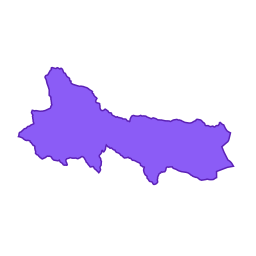 the district of Palpa, Ica, Peru, rotated 95°
{"feature_id": "86281439B29793620655674", "entity_name": "Palpa", "entity_type": "district", "adm_level": 2, "iso_a3": "PER", "parent_name": "Peru", "parent_adm1": "Ica", "projection": "mercator", "projection_center": [-75.167, -14.356], "detail": "fine", "context": "isolated", "style": "filled", "palette": "violet", "viewbox_px": 256, "rotation_deg": 95, "n_neighbors": 0, "source": "geoboundaries", "source_scale": "gbopen_adm2", "svg_char_len": 5968}
<svg xmlns="http://www.w3.org/2000/svg" viewBox="0 0 256 256"><g transform="rotate(95 128 128)"><path d="M123.9,25.5L123.2,27.3L122.1,29.2L120.0,30.9L116.5,33.0L116.4,33.8L115.7,35.0L114.4,36.6L114.4,36.8L115.0,37.4L115.4,37.3L116.2,37.5L117.6,38.3L117.7,38.5L117.9,40.1L118.2,40.6L119.1,41.3L119.4,41.9L119.4,42.3L118.7,43.7L119.0,44.5L119.3,45.7L119.5,46.0L119.4,46.5L118.6,48.5L118.8,49.6L118.8,51.0L118.3,51.5L117.3,51.8L116.4,52.5L115.8,53.7L114.0,55.7L113.6,56.8L113.3,59.7L113.4,60.2L113.6,60.6L114.2,61.0L114.7,61.1L114.9,61.3L115.2,62.2L116.1,63.6L116.9,64.5L117.7,66.6L117.7,68.3L117.4,72.2L116.9,73.2L116.3,75.0L116.0,75.4L115.8,75.9L115.9,76.1L115.5,77.4L115.7,78.6L115.3,79.6L115.2,80.2L116.0,83.3L116.6,84.4L117.2,85.2L117.8,86.3L117.7,86.8L117.4,87.6L117.6,91.3L117.1,95.6L117.2,96.1L117.2,97.3L117.3,98.7L117.2,99.2L116.3,100.9L115.7,103.6L115.9,104.3L116.5,105.2L116.7,105.7L115.3,110.2L114.8,110.9L114.6,111.5L114.6,113.6L114.9,115.3L114.3,116.4L115.2,118.3L115.4,119.9L115.4,121.8L115.0,123.5L115.1,124.0L115.8,125.3L117.2,126.0L118.8,126.6L120.9,126.7L121.3,126.9L121.5,127.2L121.1,127.9L121.0,129.3L119.5,130.7L119.3,131.2L119.4,134.0L119.1,134.5L118.7,134.9L118.6,136.4L118.3,138.0L118.4,138.5L117.7,139.7L117.8,140.0L118.3,140.8L118.2,141.2L117.2,143.0L117.1,143.6L116.6,144.6L116.3,145.1L115.8,145.4L114.7,145.8L114.5,146.0L114.3,148.3L113.8,148.8L113.0,149.2L111.2,152.2L111.4,152.8L112.2,153.4L112.8,154.4L112.9,155.6L112.5,156.4L112.1,156.9L111.1,157.4L110.2,157.7L108.5,157.8L107.4,158.2L106.2,158.4L105.9,159.2L105.6,161.2L105.3,162.0L104.3,162.5L103.5,162.5L102.9,162.3L101.2,161.5L100.5,162.2L99.9,163.3L98.4,164.9L97.3,165.2L96.3,166.6L95.6,166.7L95.0,166.5L94.4,167.1L92.9,170.2L92.2,170.8L92.1,171.5L91.5,172.3L91.0,174.7L90.6,176.0L90.4,178.7L90.7,179.7L90.4,181.6L89.3,186.6L88.6,188.1L88.0,188.7L87.2,188.9L86.5,188.8L86.2,188.9L86.1,189.2L86.1,189.8L85.8,190.1L83.7,190.6L83.3,191.0L82.5,192.6L82.1,193.2L81.3,193.9L79.4,195.0L78.9,195.5L78.7,196.4L78.3,196.9L75.3,198.4L75.0,198.7L74.4,199.6L74.3,200.0L74.9,200.6L75.1,201.2L74.3,202.8L74.1,203.6L74.1,203.9L74.6,204.3L75.0,204.9L75.0,205.8L74.4,208.8L74.6,209.4L75.0,209.7L75.3,209.7L75.9,209.4L76.4,209.4L76.7,209.6L77.3,210.4L81.7,212.4L82.2,212.7L82.7,214.1L83.3,214.7L84.3,215.1L85.0,215.0L87.0,213.7L90.7,212.5L93.7,211.1L96.9,209.8L102.2,209.4L102.5,209.3L102.9,208.5L103.4,207.9L103.9,207.6L104.2,207.7L104.6,207.4L105.9,207.4L106.9,207.0L107.6,206.9L109.2,206.5L110.4,206.4L111.4,205.9L112.3,206.2L113.1,206.7L114.6,206.9L115.0,207.1L117.8,212.0L118.7,214.8L118.8,216.0L119.0,217.0L118.7,221.1L118.9,222.1L119.2,222.4L119.2,222.7L118.9,223.4L118.7,224.9L120.3,225.4L121.2,225.5L123.4,223.9L123.7,223.9L124.6,224.2L125.0,224.1L125.8,223.8L127.3,223.6L128.2,223.1L129.3,223.2L131.3,222.3L132.0,222.3L133.7,225.3L134.8,226.3L135.2,227.9L136.1,228.7L137.2,229.5L137.8,231.3L138.6,231.9L141.3,234.4L141.7,235.4L142.0,235.7L142.8,236.0L145.3,236.1L146.1,236.4L146.3,234.8L147.0,232.5L147.4,231.7L148.0,231.2L148.9,229.5L149.1,229.1L149.3,227.7L149.0,226.7L149.3,224.7L149.7,224.4L150.4,224.2L150.8,223.7L150.9,223.2L151.8,222.6L152.8,221.6L153.6,221.0L153.7,220.8L153.6,220.4L153.7,220.1L154.4,219.2L156.3,219.1L157.0,218.8L157.8,218.7L159.2,218.0L161.4,217.9L161.8,217.3L162.4,216.8L162.6,215.9L163.1,215.0L163.7,214.6L164.7,213.3L165.2,212.9L165.5,212.1L166.1,211.3L166.3,210.6L166.2,210.3L165.7,209.7L164.7,207.8L163.2,206.2L163.0,205.5L163.1,204.4L162.9,203.6L163.0,203.3L163.3,202.6L163.5,201.9L165.1,200.9L166.3,199.4L166.5,198.8L166.6,197.3L166.8,195.1L166.6,194.3L166.2,194.0L166.0,193.6L167.7,192.6L169.1,190.1L169.8,189.7L170.3,189.2L170.6,188.2L170.4,187.2L170.5,185.9L170.3,185.5L169.9,185.3L168.2,186.0L166.7,186.9L165.6,187.1L164.8,186.9L164.1,186.4L163.8,185.8L163.3,184.3L162.5,183.2L162.9,181.0L162.8,179.2L162.5,177.6L162.7,176.5L163.0,175.9L162.8,174.8L162.3,174.2L161.7,173.0L160.6,171.8L160.4,171.3L160.9,169.9L161.5,169.2L164.0,167.4L165.7,166.6L166.7,165.2L167.6,164.7L168.9,163.3L170.1,162.3L170.1,161.8L169.6,160.4L169.5,159.2L170.3,158.5L171.2,158.1L171.5,157.7L172.3,156.7L172.7,155.8L173.8,154.8L174.3,154.0L175.1,153.2L173.9,152.4L172.4,151.8L171.9,151.7L171.3,151.9L169.9,152.5L168.8,152.3L167.3,151.5L166.5,151.6L163.4,151.6L162.6,152.4L161.3,152.4L160.4,152.9L159.4,153.9L158.5,154.2L157.9,154.2L157.5,154.0L155.8,152.7L154.8,152.2L154.2,152.1L153.7,152.2L152.7,151.9L152.6,151.6L153.9,150.4L153.9,150.1L153.6,149.8L151.4,148.7L148.5,148.5L146.9,148.1L147.4,147.6L148.5,146.3L148.8,145.1L149.6,144.4L149.7,144.0L149.4,143.2L149.4,142.6L150.6,141.1L151.1,140.0L151.2,139.0L152.2,138.5L153.2,137.5L153.7,135.4L154.4,134.0L155.8,132.8L156.4,131.2L157.7,129.9L158.2,128.9L157.7,126.7L157.2,125.3L157.2,125.0L158.0,124.1L157.9,123.2L158.2,122.4L159.2,121.6L159.8,120.6L159.7,119.3L159.9,118.9L160.0,118.1L160.3,117.4L160.6,117.0L161.5,114.5L161.8,113.4L162.6,112.6L164.0,112.3L164.2,112.2L164.6,111.0L165.4,109.9L165.4,108.8L165.6,108.3L166.0,108.3L167.1,108.7L168.5,108.8L169.0,108.7L170.6,108.2L172.2,107.4L173.2,106.7L174.4,104.9L175.0,104.7L176.2,104.7L177.2,103.5L178.7,102.4L179.3,101.8L179.6,99.6L180.1,99.0L181.0,98.5L181.9,97.7L181.9,96.9L181.8,96.4L181.1,95.1L180.5,94.5L179.5,93.8L178.7,93.8L177.0,94.3L175.4,94.0L174.4,94.2L173.2,93.8L172.6,93.5L171.2,93.2L170.3,92.4L170.0,91.6L168.9,91.0L168.8,90.9L169.0,89.7L168.6,88.9L168.4,87.6L167.0,86.8L164.6,86.5L164.0,86.3L163.5,85.6L163.4,85.0L163.5,84.2L163.0,82.4L163.1,81.7L162.8,80.7L163.0,80.4L163.9,79.8L164.3,79.1L164.9,76.7L166.1,74.0L166.8,71.1L167.1,66.2L167.5,64.2L168.4,62.5L169.4,61.2L169.8,60.1L170.4,59.3L170.9,57.6L171.3,55.9L171.2,55.4L171.3,54.9L171.8,53.9L173.1,52.1L173.6,50.2L172.5,45.8L172.0,44.8L172.3,42.6L172.3,41.3L172.0,39.0L171.7,38.2L170.2,36.4L169.7,35.4L163.6,36.0L158.5,25.5L156.9,19.6L154.1,21.6L153.1,22.6L152.2,23.7L151.1,25.7L143.8,30.2L138.5,32.9L132.9,27.4L131.7,26.8L130.0,26.4L123.9,25.5Z" fill="#8b5cf6" stroke="#5b21b6" stroke-width="1.5"/></g></svg>